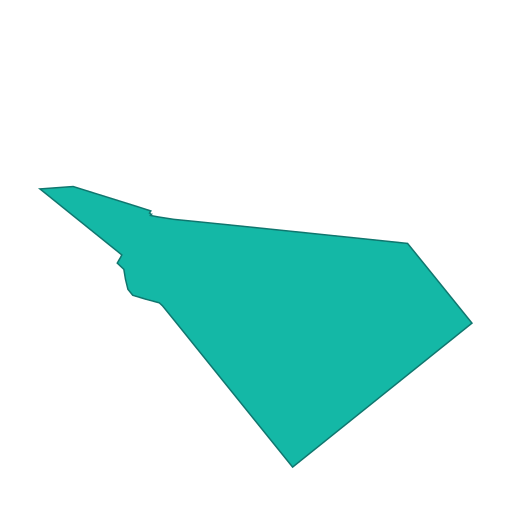 outline of Al Golid, Northern, Sudan, rotated 231°
{"feature_id": "16777658B20227076213030", "entity_name": "Al Golid", "entity_type": "district", "adm_level": 2, "iso_a3": "SDN", "parent_name": "Sudan", "parent_adm1": "Northern", "projection": "natural_earth1", "projection_center": [29.801, 17.722], "detail": "fine", "context": "isolated", "style": "filled", "palette": "teal", "viewbox_px": 512, "rotation_deg": 231, "n_neighbors": 0, "source": "geoboundaries", "source_scale": "gbopen_adm2", "svg_char_len": 729}
<svg xmlns="http://www.w3.org/2000/svg" viewBox="0 0 512 512"><g transform="rotate(231 256 256)"><path d="M407.8,169.1L425.1,157.6L426.1,156.1L427.4,154.3L437.2,140.2L443.1,131.7L444.1,130.3L341.3,152.4L340.0,149.5L339.3,147.5L339.1,147.0L338.9,146.5L338.3,145.0L337.8,143.7L328.8,144.9L320.2,140.0L310.7,135.5L303.0,135.5L291.7,143.2L280.4,151.4L276.1,152.0L263.0,152.0L248.8,152.0L222.0,151.9L180.9,151.8L129.0,151.7L72.9,151.6L69.9,151.6L69.3,151.6L68.9,151.6L67.9,381.1L67.9,381.6L135.4,381.7L170.4,381.7L171.2,380.9L238.7,313.3L264.7,287.2L321.1,230.5L336.3,215.1L347.8,204.7L353.9,199.5L354.2,201.0L354.5,200.7L356.4,200.2L357.2,202.6L367.8,195.7L407.8,169.1Z" fill="#14b8a6" stroke="#0f766e" stroke-width="1.5"/></g></svg>